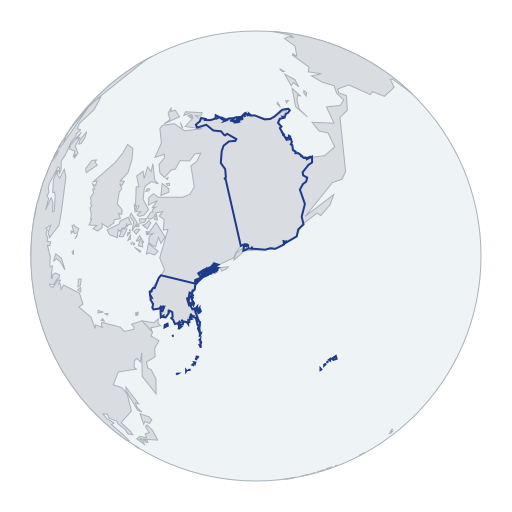 the Earth from above United States of America, rotated 270°
{"feature_id": "USA", "entity_name": "United States of America", "entity_type": "country or territory", "adm_level": 0, "iso_a3": "USA", "parent_name": "North America", "parent_adm1": "", "projection": "orthographic", "projection_center": [-126.716, 45.186], "detail": "fine", "context": "on_globe", "style": "outline", "palette": "blue", "viewbox_px": 512, "rotation_deg": 270, "n_neighbors": 0, "source": "natural_earth", "source_scale": "50m", "svg_char_len": 16041}
<svg xmlns="http://www.w3.org/2000/svg" viewBox="0 0 512 512"><g transform="rotate(270 256 256)"><circle cx="256" cy="256" r="225" fill="#eef3f6" stroke="#a8b0b8"/><path d="M82.5,391.8L83.0,392.9L82.9,392.8L82.5,391.8ZM418.2,412.4L432.9,392.6L432.7,390.3L424.7,394.1L415.7,384.4L420.4,372.3L417.4,370.4L427.1,348.7L423.0,337.7L419.2,338.7L416.3,346.5L401.7,347.3L394.6,340.0L340.3,345.6L332.7,341.9L329.4,332.4L295.6,305.2L317.5,333.8L307.3,330.1L296.3,320.7L299.0,317.1L286.9,301.6L275.7,296.6L262.9,275.0L261.3,244.1L267.0,248.2L266.0,240.8L258.7,235.4L254.2,233.8L240.8,204.9L217.8,190.2L207.2,193.9L212.1,186.9L189.8,200.4L175.1,200.1L193.8,195.4L197.3,191.2L188.4,188.2L190.1,183.3L186.8,179.3L189.6,173.9L200.2,172.1L202.3,168.7L195.8,166.9L194.6,160.7L203.7,163.8L202.5,153.5L220.1,149.9L242.2,164.6L254.1,159.7L282.5,167.9L282.1,163.3L292.6,164.1L295.9,159.2L300.3,162.6L299.2,155.9L294.6,153.7L292.7,150.2L294.2,147.2L300.0,150.9L300.1,152.9L302.6,152.5L304.8,155.6L304.6,152.4L311.4,157.5L307.0,148.3L314.5,148.9L318.3,153.4L314.7,158.3L314.8,182.8L317.6,189.9L325.2,194.3L346.1,190.9L350.6,196.8L358.9,200.8L358.0,194.8L351.1,189.6L351.4,180.0L343.0,175.4L341.9,171.0L334.5,164.5L339.1,159.9L347.6,159.0L353.9,164.3L357.8,164.3L354.6,155.0L369.1,161.4L383.4,159.9L386.7,162.5L388.3,174.4L381.2,184.6L383.2,202.0L385.5,185.3L393.9,192.8L396.8,192.0L398.4,188.7L396.6,183.8L400.2,185.5L399.3,202.1L396.0,200.8L396.3,195.4L393.0,200.5L392.5,212.7L396.8,216.0L391.5,232.3L394.5,235.1L395.0,240.4L390.5,234.8L398.4,245.5L392.8,269.0L403.4,288.2L389.2,278.0L381.7,280.8L373.6,286.4L375.2,289.6L362.2,293.9L354.0,306.7L356.4,324.8L365.2,334.7L379.2,328.0L380.9,319.1L389.7,312.1L388.8,334.0L405.1,326.4L406.5,340.3L412.0,343.7L418.8,336.7L426.3,334.0L429.8,322.4L436.1,311.4L438.3,321.4L440.2,308.2L444.9,309.0L456.3,293.2L456.0,296.8L466.0,295.0L473.4,284.5L475.2,287.8L474.6,294.0L476.4,289.6L476.4,292.3L480.6,273.0L480.7,272.7L478.7,290.0L475.4,307.0L470.9,323.7L465.0,340.1L457.9,355.9L449.6,371.1L440.2,385.7L429.7,399.5L418.2,412.4ZM152.8,336.8L153.1,331.9L156.0,335.9L152.8,336.8ZM151.2,328.4L151.5,330.2L150.8,328.6L151.2,328.4ZM149.3,326.8L150.7,328.0L149.0,327.2L149.3,326.8ZM146.6,325.4L148.1,326.0L147.9,326.1L146.6,325.4ZM405.3,295.6L423.7,292.1L415.8,300.8L416.9,297.6L411.7,297.0L402.8,299.3L395.2,307.4L405.3,295.6ZM142.9,321.5L142.0,320.4L143.5,320.5L142.9,321.5ZM407.8,278.9L404.8,280.4L407.4,278.1L407.8,278.9ZM251.9,234.0L258.4,235.9L264.3,242.8L258.7,241.7L251.9,234.0ZM240.9,221.4L244.4,220.7L245.3,228.3L243.0,226.3L240.9,221.4ZM199.2,198.1L204.2,199.3L198.8,199.9L199.2,198.1ZM185.8,179.7L183.9,181.0L183.0,178.4L185.8,179.7ZM332.5,167.5L333.5,166.1L334.4,168.0L332.5,167.5ZM328.4,166.3L328.6,169.6L326.7,169.5L326.6,167.4L328.4,166.3ZM186.4,167.8L185.6,163.5L188.3,167.5L186.4,167.8ZM328.5,162.2L323.2,169.0L319.8,168.8L316.5,160.9L328.5,162.2ZM186.3,160.7L184.1,150.7L179.6,152.5L191.2,142.1L189.2,153.8L193.2,158.4L188.8,157.9L186.3,160.7ZM292.5,154.4L297.5,156.5L291.9,157.5L292.5,154.4ZM289.4,156.0L275.1,165.1L268.6,160.9L274.7,158.5L265.1,155.5L268.9,148.9L275.1,149.0L278.5,153.0L277.4,147.5L289.4,156.0ZM197.9,138.2L199.0,135.7L199.9,138.0L197.9,138.2ZM291.4,148.8L289.1,150.9L283.3,147.3L286.9,142.5L287.6,145.2L291.4,148.8ZM260.7,158.1L257.0,154.8L259.1,148.5L257.9,146.4L268.5,148.4L260.7,158.1ZM289.7,144.5L288.8,140.2L293.0,139.3L293.3,146.6L289.7,144.5ZM280.3,148.5L277.7,146.6L280.3,146.0L280.3,148.5ZM307.3,134.3L304.7,136.6L301.4,134.8L307.3,134.3ZM288.2,138.7L286.8,139.1L285.2,138.7L285.5,135.8L288.2,138.7ZM269.2,143.9L270.9,142.1L265.0,142.7L266.3,138.3L273.1,140.5L270.8,137.7L271.2,136.3L276.3,139.7L269.2,143.9ZM281.0,132.0L290.1,133.7L295.7,129.7L298.8,131.1L289.2,137.3L281.0,132.0ZM277.8,136.2L280.5,133.8L282.9,136.5L282.6,139.8L277.8,136.2ZM264.8,134.5L261.0,140.8L259.6,140.1L264.8,134.5ZM282.2,130.2L279.9,129.9L282.3,129.6L282.2,130.2ZM269.6,132.5L268.4,134.7L266.9,133.9L269.6,132.5ZM276.5,127.4L279.4,127.9L279.3,130.1L276.5,127.4ZM272.9,129.3L271.1,127.6L277.5,130.6L272.7,130.4L272.9,129.3ZM268.4,131.4L267.1,131.6L269.1,130.5L268.4,131.4ZM275.3,119.1L283.3,122.3L283.0,127.0L275.3,123.2L275.3,119.1ZM455.6,151.6L452.8,146.7L413.0,96.8L407.7,90.5L379.9,67.9L377.0,66.0L378.3,66.8L391.9,76.3L404.7,86.8L416.7,98.2L427.9,110.4L438.1,123.4L447.4,137.2L455.6,151.6ZM295.5,34.2L301.3,35.4L293.4,34.2L304.9,36.4L302.3,35.6L309.5,37.2L312.3,38.1L309.4,37.5L315.3,39.2L327.7,42.5L327.2,42.3L351.4,51.9L351.8,52.1L349.4,51.1L357.4,57.0L361.5,58.5L354.3,53.3L357.8,55.1L362.4,57.4L363.1,57.8L361.9,57.3L368.7,63.3L382.4,72.8L404.8,88.4L411.8,95.5L415.4,101.1L402.3,94.0L388.2,79.2L383.3,77.3L382.0,80.6L377.8,76.1L375.5,75.9L369.7,71.0L357.4,65.5L351.0,61.3L342.1,61.0L337.6,59.0L344.1,59.6L345.2,58.1L328.6,49.4L324.2,48.3L319.8,49.0L315.7,46.8L313.6,48.7L302.1,45.6L314.3,51.2L309.5,53.0L300.3,52.5L300.9,54.3L315.8,55.2L319.8,54.8L319.6,52.7L332.3,53.4L338.9,56.1L333.9,59.8L342.7,64.3L335.0,65.9L299.6,61.3L286.8,59.0L274.3,49.5L279.6,48.1L286.7,50.7L283.8,45.9L282.3,47.4L278.9,45.9L273.5,47.8L270.8,46.9L270.1,50.7L266.2,49.7L266.8,47.4L255.4,50.3L246.3,49.7L245.0,50.9L246.2,52.3L233.9,51.2L233.5,52.1L237.3,52.8L239.0,55.3L237.2,59.5L233.0,58.8L233.1,57.2L227.1,53.2L228.0,49.5L226.2,49.8L224.4,52.9L231.7,57.6L231.8,60.4L227.5,58.2L229.0,59.2L227.8,60.4L222.6,61.1L227.0,63.6L218.7,79.5L207.9,83.0L205.0,78.9L194.8,91.0L183.5,95.1L187.1,95.6L184.6,102.4L188.1,101.2L189.6,102.0L184.9,120.2L180.6,124.4L182.6,133.8L184.5,134.2L187.8,131.5L191.2,142.1L179.6,152.5L176.0,151.0L171.2,159.0L163.7,154.7L155.3,155.1L149.9,146.4L143.7,148.0L142.5,151.1L133.3,155.9L118.2,156.1L135.5,142.3L159.2,141.7L150.0,140.5L153.6,137.0L151.2,134.3L144.6,134.1L142.9,136.4L140.1,118.3L127.2,113.3L124.4,121.7L118.1,127.2L101.0,131.4L89.3,121.1L80.8,130.3L77.3,132.7L78.0,128.2L83.2,124.5L88.0,118.0L90.8,116.9L93.7,109.2L97.8,107.4L98.1,102.8L93.1,107.1L89.0,114.1L87.4,111.6L77.5,123.0L71.4,129.1L71.3,127.0L80.9,114.2L91.5,102.1L102.8,90.8L114.9,80.4L127.8,70.8L141.2,62.1L155.3,54.5L169.9,47.8L184.9,42.2L200.2,37.7L215.9,34.3L231.7,32.0L247.7,30.9L263.7,30.9L279.7,32.0L295.5,34.2ZM430.2,113.6L432.1,115.7L430.2,113.6ZM260.3,30.8L256.7,30.7L256.6,30.9L261.6,31.0L274.4,31.5L260.3,30.8ZM456.6,292.6L458.3,292.7L456.6,295.3L456.6,292.6ZM416.0,306.2L419.3,303.7L421.5,303.9L419.2,306.6L416.0,306.2ZM440.3,282.2L443.4,279.6L440.7,284.2L440.3,282.2ZM426.3,291.2L437.8,284.7L432.6,294.7L425.1,298.9L429.5,293.4L426.3,291.2ZM409.0,286.6L411.3,285.7L411.5,288.3L409.0,286.6ZM409.7,277.3L409.0,278.2L407.3,277.3L409.7,277.3ZM393.9,191.8L394.1,190.5L396.3,188.0L396.5,190.8L393.9,191.8ZM398.7,168.1L404.4,171.4L400.4,170.8L401.9,175.1L395.3,179.5L388.1,164.1L392.5,170.1L398.7,168.1ZM384.6,181.9L389.6,180.3L384.4,182.6L384.6,181.9ZM368.5,81.2L367.9,78.8L372.2,80.0L380.4,86.7L374.3,84.9L368.5,81.2ZM366.1,75.3L358.9,77.9L353.5,74.3L357.8,75.8L354.9,73.1L361.0,74.9L362.9,69.5L366.8,70.3L379.8,81.4L373.4,77.2L374.3,79.6L366.1,75.3ZM350.0,95.0L346.9,97.2L339.3,86.3L343.2,85.6L351.6,91.8L352.0,96.4L350.0,95.0ZM323.6,147.5L322.9,149.9L321.3,148.8L320.6,145.8L323.6,147.5ZM306.3,135.5L325.1,136.2L325.3,138.9L336.1,136.7L340.7,143.0L333.5,144.1L345.1,147.6L340.4,151.1L348.3,152.9L331.8,154.7L328.1,158.4L330.5,151.7L326.4,145.8L323.6,144.3L312.6,143.1L302.5,148.6L296.9,144.0L295.6,139.3L297.1,137.2L300.3,140.8L300.1,135.5L305.9,139.2L306.3,135.5ZM283.4,93.0L286.5,96.9L287.0,89.0L292.8,91.7L292.5,90.7L298.0,91.2L304.2,90.0L306.3,91.9L307.8,90.7L311.5,91.2L314.2,90.3L319.0,93.5L322.8,92.7L322.9,94.7L328.1,92.5L326.4,95.6L331.0,96.9L330.2,93.2L349.4,115.1L358.8,122.7L367.5,127.6L363.5,132.9L352.7,132.0L339.4,128.0L331.0,120.3L330.7,124.3L326.5,121.9L328.5,119.7L323.0,121.8L320.1,119.3L308.3,117.2L302.1,122.2L297.6,121.7L298.6,118.5L293.5,120.4L292.3,114.2L289.0,113.8L284.6,107.6L288.4,102.0L284.5,102.1L280.9,97.7L283.4,93.0ZM274.3,117.2L277.4,109.4L282.2,107.2L287.9,119.1L291.0,120.3L294.8,128.3L287.9,131.4L287.4,128.8L285.4,127.0L288.4,126.7L284.4,125.6L283.7,122.0L280.4,120.3L282.3,118.2L274.3,117.2ZM369.9,61.6L371.6,62.7L369.0,61.1L364.4,58.5L364.6,58.6L369.9,61.6ZM376.6,66.8L373.9,65.0L376.5,66.0L379.2,67.9L376.6,66.8ZM370.2,63.5L373.5,64.9L373.4,65.2L370.2,63.5ZM341.4,58.3L338.3,56.9L338.8,56.4L341.5,56.9L341.4,58.3ZM286.3,72.0L287.3,74.1L285.9,74.3L283.5,78.8L279.0,77.4L278.7,74.1L286.3,72.0ZM281.1,71.2L280.6,73.1L278.7,71.2L281.1,71.2ZM275.6,76.6L273.0,74.8L278.2,77.7L275.6,76.6ZM66.9,134.5L63.6,139.0L63.0,139.8L66.2,134.9L66.9,134.5ZM242.2,65.0L250.5,60.1L253.5,56.3L250.5,53.5L258.2,55.7L253.6,61.5L242.2,65.0ZM222.0,77.6L224.7,80.5L221.2,81.1L220.1,80.5L222.0,77.6ZM225.2,78.0L232.8,78.3L232.8,81.2L226.8,80.4L225.2,78.0ZM257.1,73.5L259.9,72.0L261.4,73.5L257.1,73.5ZM78.6,389.6L81.2,393.1L78.7,390.6L78.6,389.6ZM82.9,392.8L79.9,390.0L82.5,391.8L82.9,392.8ZM58.0,361.8L59.5,364.7L59.1,364.2L58.0,361.8ZM57.1,360.3L56.9,359.3L57.9,361.6L57.1,360.3ZM46.1,335.4L46.3,335.6L46.9,337.2L46.1,335.4ZM44.4,330.7L42.9,327.0L42.7,326.1L44.4,330.7ZM43.7,328.1L43.2,326.0L45.2,332.3L43.7,328.1ZM40.2,317.5L42.5,324.8L40.1,317.3L40.2,317.5ZM39.4,315.3L38.2,311.0L38.2,310.7L39.4,315.3ZM35.9,301.2L37.7,309.1L37.7,309.5L37.0,306.8L35.9,301.2ZM32.8,286.6L33.6,290.4L34.2,293.0L33.7,292.7L33.3,289.9L32.8,286.6ZM32.8,284.1L33.8,289.8L34.7,295.7L32.8,284.1ZM69.5,146.2L72.4,143.3L71.7,147.0L69.9,148.0L69.5,146.2ZM72.0,157.7L72.5,147.1L73.3,139.2L71.0,143.0L67.6,144.3L73.2,136.8L75.6,139.8L74.3,146.5L78.0,145.2L79.4,149.3L85.2,145.5L87.1,147.0L81.4,152.7L72.0,157.7ZM87.7,143.7L98.3,140.1L95.1,149.0L92.1,151.8L88.6,149.6L90.5,144.9L87.7,143.7ZM99.9,141.9L101.8,137.6L121.4,126.0L124.8,125.9L108.2,138.7L109.1,135.4L104.9,136.9L99.9,141.9ZM196.5,135.8L198.7,135.7L196.7,137.4L196.5,135.8ZM191.6,101.1L193.4,102.5L190.9,104.2L191.6,101.1ZM196.9,107.5L198.4,104.5L198.5,107.9L196.9,107.5ZM201.6,98.1L199.9,103.5L199.0,98.0L201.6,98.1Z" fill="#d9dde1" stroke="#a8b0b8" stroke-width="1"/><path d="M381.5,213.3L387.2,206.3L384.4,197.1L387.4,195.9L390.7,199.9L394.0,201.2L393.1,205.5L392.0,205.0L391.8,210.2L393.5,215.7L396.7,215.8L395.2,218.5L394.1,218.0L394.8,219.5L392.6,222.2L391.8,225.7L391.4,224.5L390.8,224.0L391.8,226.8L392.6,226.8L393.6,228.9L393.8,232.7L391.5,232.3L391.4,230.0L391.1,231.9L392.5,233.4L393.7,233.9L394.5,235.0L395.1,240.6L394.2,237.6L391.4,236.2L390.8,232.8L389.9,234.8L392.6,238.3L390.6,238.2L390.2,238.7L389.9,237.1L389.7,236.8L389.8,238.1L390.2,239.0L393.1,238.8L390.9,239.3L393.6,239.9L392.8,240.9L394.6,241.6L394.5,242.0L393.6,241.6L392.1,242.3L394.5,242.4L395.4,241.5L398.3,244.3L396.0,242.3L397.2,243.8L395.2,245.1L397.8,244.6L397.9,247.0L395.8,247.9L397.3,247.8L396.8,249.4L398.2,249.1L396.4,251.2L396.6,254.7L392.6,264.6L393.0,270.2L395.4,274.4L402.3,282.3L403.2,288.3L401.7,289.8L399.2,288.0L398.0,285.9L394.8,284.7L395.1,282.9L394.1,283.7L393.2,279.8L389.2,278.0L385.4,281.5L383.9,279.9L379.7,282.2L379.9,281.1L379.5,282.3L377.7,283.8L377.1,282.2L377.2,283.5L371.4,287.1L374.2,286.5L373.8,288.5L376.3,288.9L375.5,290.2L372.7,289.4L373.1,291.0L369.9,291.9L367.6,290.8L366.9,292.3L361.9,292.9L359.9,296.2L360.4,295.4L358.8,295.4L358.8,298.4L356.4,301.3L355.0,301.0L355.9,301.7L354.0,303.7L353.9,306.9L352.8,306.9L355.4,312.0L349.5,312.1L347.3,308.6L339.7,302.6L336.6,303.2L334.4,307.2L330.4,306.2L328.0,303.0L322.4,299.9L308.0,304.9L295.4,301.7L287.6,303.5L282.7,298.3L275.6,296.7L269.1,285.6L270.5,285.8L269.6,283.8L272.0,283.4L267.5,284.0L263.2,275.3L263.8,270.5L262.3,265.2L263.4,251.8L265.5,252.0L263.2,251.6L263.7,248.9L261.2,243.4L266.3,244.1L265.5,247.1L267.0,245.0L267.0,247.4L265.9,248.1L266.7,248.2L267.6,247.1L267.8,244.6L266.1,240.8L333.4,225.5L332.8,224.2L334.9,225.9L342.8,225.2L349.0,220.8L360.8,221.7L366.3,223.6L370.6,229.0L371.1,235.3L372.9,236.3L378.2,227.1L376.6,225.1L377.0,224.2L380.7,221.0L381.5,213.3ZM248.7,214.0L247.3,218.3L246.3,216.7L247.0,216.1L246.5,213.1L244.8,213.9L244.0,215.0L245.4,212.6L243.0,209.2L241.6,208.6L241.4,206.8L242.5,207.2L241.8,206.1L242.5,206.0L240.8,205.1L241.3,203.4L239.5,203.5L238.8,199.7L238.7,204.2L237.2,203.4L237.0,200.9L236.7,202.0L235.3,200.8L236.9,203.2L235.6,203.8L230.2,198.0L231.0,196.6L231.2,197.9L231.9,197.2L231.2,196.4L229.1,197.2L227.5,195.3L222.3,194.7L221.2,193.2L221.9,192.0L220.6,192.9L218.6,191.0L219.4,189.6L215.8,188.9L214.6,190.8L215.8,191.2L214.3,192.8L212.7,191.8L208.7,194.1L206.9,193.4L209.3,192.1L207.8,191.6L210.2,188.5L214.3,189.2L213.0,187.7L214.5,186.8L206.5,189.1L206.7,190.4L202.7,192.4L203.5,194.3L190.6,198.9L189.8,200.1L183.4,199.1L178.6,200.1L183.6,197.9L186.0,199.5L186.9,197.7L194.1,195.9L194.8,193.8L195.8,193.7L195.6,192.6L198.1,190.6L194.7,191.4L194.6,190.4L195.6,190.3L194.3,189.7L193.0,191.6L191.8,188.2L188.0,188.2L189.8,187.0L190.8,182.4L192.4,181.5L190.4,182.3L190.0,183.3L187.5,182.8L186.8,179.1L188.4,178.5L189.4,180.3L190.3,179.4L188.0,178.1L188.8,177.7L188.0,174.9L191.9,173.3L193.9,171.2L195.2,172.6L199.8,172.3L200.9,170.4L200.6,169.4L202.1,168.6L198.7,168.7L194.6,165.6L194.9,163.2L196.2,163.4L194.6,160.8L201.2,160.5L202.2,160.9L202.2,161.1L200.9,162.0L201.1,162.6L204.7,164.0L204.1,162.9L204.2,160.8L204.6,160.8L204.6,162.8L206.2,163.8L204.7,161.9L205.5,160.9L203.5,159.5L202.5,153.5L204.4,152.3L208.0,153.1L212.3,150.5L214.8,150.6L214.4,151.7L215.5,151.2L214.9,150.5L215.7,150.2L220.4,149.7L220.8,151.0L219.9,151.8L221.5,151.4L224.1,153.3L223.9,154.7L234.2,158.8L236.7,161.0L228.5,194.8L232.1,195.3L234.4,201.1L238.7,198.2L242.3,203.9L245.0,211.1L248.7,214.0ZM201.4,197.2L204.0,199.3L202.5,199.1L202.8,199.8L201.5,199.9L200.3,200.2L199.5,201.0L200.1,200.4L198.9,198.5L200.5,197.8L200.8,199.3L201.4,197.2ZM241.1,211.8L243.9,215.3L243.1,214.8L242.8,215.3L244.2,216.4L244.0,218.3L240.6,213.9L241.7,213.5L240.6,213.2L241.1,211.8ZM153.2,336.6L152.1,333.5L153.2,331.9L156.0,335.8L153.2,336.6ZM184.6,164.5L187.0,164.8L188.3,167.5L186.2,167.8L184.6,164.5ZM235.6,204.9L238.9,205.1L238.0,206.0L238.7,207.1L237.5,206.3L236.6,207.1L235.6,204.9ZM185.3,179.0L185.1,181.0L183.0,178.4L183.9,178.9L185.3,179.0ZM237.6,206.8L239.0,210.1L238.6,212.0L237.5,207.9L236.6,208.7L237.6,206.8ZM239.1,203.8L240.4,204.8L241.1,206.8L240.2,205.2L240.8,207.8L239.5,208.9L239.1,203.8ZM175.2,199.5L178.5,200.1L178.8,200.9L175.2,199.5ZM246.0,213.6L246.0,216.5L244.6,216.4L246.0,213.6ZM393.9,222.4L394.8,221.1L392.0,226.1L394.0,221.5L393.9,222.4ZM240.5,209.1L242.6,209.8L241.8,209.9L242.0,211.3L240.5,209.1ZM167.6,200.6L171.6,200.2L169.7,201.2L167.6,200.6ZM204.0,195.9L205.4,197.1L202.6,196.7L204.0,195.9ZM239.6,209.7L240.9,210.6L239.6,212.7L239.6,209.7ZM167.3,200.4L165.7,200.8L164.3,200.8L167.1,199.5L167.3,200.4ZM243.7,211.4L243.6,213.5L242.9,212.5L243.7,211.4ZM151.5,330.1L152.2,329.0L153.0,330.1L151.5,330.1ZM154.2,197.0L152.0,195.9L154.8,196.5L154.2,197.0ZM241.7,216.2L242.4,218.3L241.0,215.8L241.7,216.2ZM147.4,324.2L148.2,326.0L146.4,324.2L147.4,324.2ZM215.9,193.6L217.0,192.1L217.4,192.4L215.9,193.6ZM137.5,176.3L138.4,177.0L138.4,177.9L137.5,176.3ZM143.5,320.5L142.5,321.3L142.0,320.5L143.5,320.5ZM149.7,194.2L149.5,195.3L148.4,195.0L149.7,194.2ZM147.9,193.4L146.9,193.3L147.2,192.5L147.9,193.4ZM175.7,172.1L176.4,173.1L176.4,173.6L175.7,172.1ZM218.3,191.9L219.1,192.4L218.0,192.1L218.3,191.9ZM243.1,211.6L242.5,212.2L242.3,211.8L243.1,211.6ZM240.4,215.0L241.4,215.1L240.5,215.9L240.4,215.0ZM154.4,197.2L155.4,198.1L155.9,198.6L154.5,197.7L154.4,197.2ZM149.1,327.2L150.2,327.3L151.0,327.8L149.1,327.2ZM149.0,193.8L147.5,193.9L149.0,193.8ZM266.7,243.2L267.4,244.7L267.4,244.9L266.4,243.8L266.7,243.2ZM172.9,200.2L172.2,200.1L172.3,199.7L172.9,200.2ZM355.7,310.8L354.4,308.7L354.2,307.4L354.6,308.7L355.7,310.8ZM190.0,189.4L189.8,188.9L190.7,188.8L190.0,189.4ZM142.3,189.3L142.2,190.6L142.0,188.9L142.3,189.3ZM201.8,200.4L201.1,200.7L201.0,200.4L201.4,200.0L201.8,200.4ZM141.3,186.5L140.7,186.1L141.8,186.1L141.3,186.5ZM354.3,306.0L354.1,307.2L354.6,304.7L354.3,306.0ZM400.1,279.6L401.4,281.2L400.0,279.5L400.1,279.6ZM399.1,245.4L399.1,246.5L398.5,244.4L399.1,245.4ZM394.7,235.9L394.9,237.3L394.6,235.5L394.7,235.9Z" fill="none" stroke="#1e3a8a" stroke-width="2"/></g></svg>